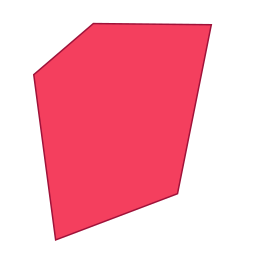 outline of Emporia, Virginia, United States of America, rotated 176°
{"feature_id": "52423323B31228113371343", "entity_name": "Emporia", "entity_type": "district", "adm_level": 2, "iso_a3": "USA", "parent_name": "United States of America", "parent_adm1": "Virginia", "projection": "robinson", "projection_center": [-77.532, 36.696], "detail": "fine", "context": "isolated", "style": "filled", "palette": "rose", "viewbox_px": 256, "rotation_deg": 176, "n_neighbors": 0, "source": "geoboundaries", "source_scale": "gbopen_adm2", "svg_char_len": 237}
<svg xmlns="http://www.w3.org/2000/svg" viewBox="0 0 256 256"><g transform="rotate(176 128 128)"><path d="M83.2,59.0L37.7,225.2L155.3,234.6L218.3,187.8L208.0,21.4L83.2,59.0Z" fill="#f43f5e" stroke="#9f1239" stroke-width="1.5"/></g></svg>